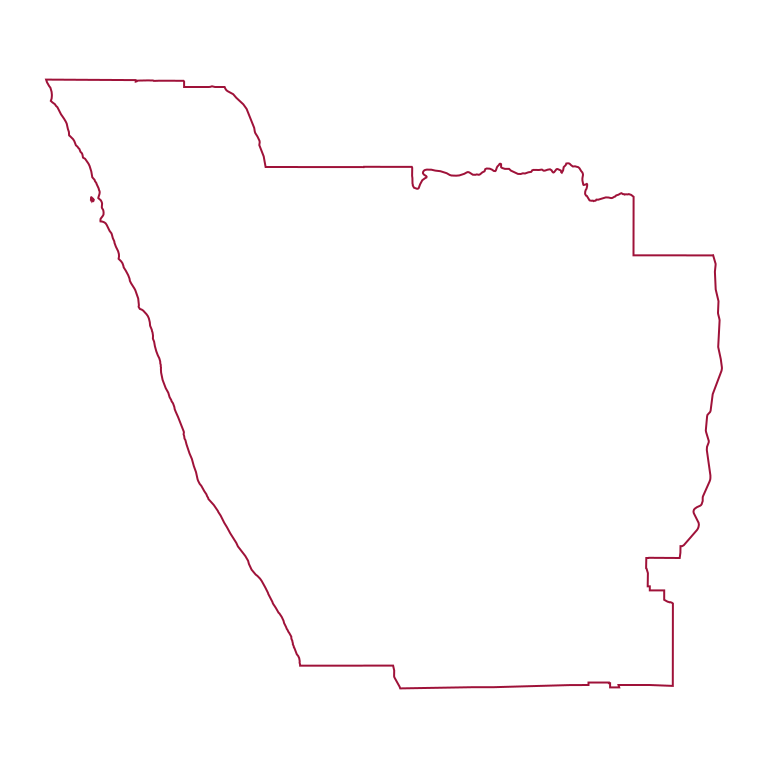 Gingin, Western Australia, Australia (Natural Earth projection)
{"feature_id": "25037944B53188273537939", "entity_name": "Gingin", "entity_type": "district", "adm_level": 2, "iso_a3": "AUS", "parent_name": "Australia", "parent_adm1": "Western Australia", "projection": "natural_earth1", "projection_center": [115.595, -31.184], "detail": "fine", "context": "isolated", "style": "outline", "palette": "rose", "viewbox_px": 768, "rotation_deg": 0, "n_neighbors": 0, "source": "geoboundaries", "source_scale": "gbopen_adm2", "svg_char_len": 6030}
<svg xmlns="http://www.w3.org/2000/svg" viewBox="0 0 768 768"><path d="M715.7,289.4L714.9,271.7L715.6,264.9L715.6,263.8L713.1,255.2L712.1,255.4L633.5,255.3L633.6,196.8L631.2,194.9L630.0,194.5L628.8,194.1L627.9,194.4L625.7,194.3L624.5,194.6L624.0,194.1L622.9,194.1L621.5,193.2L620.5,193.5L618.5,194.7L616.2,195.4L615.2,196.5L614.6,196.6L612.4,197.9L611.1,198.1L608.4,197.5L605.8,197.4L598.2,199.7L596.4,199.6L595.8,200.5L595.0,200.8L594.1,200.8L593.6,201.1L592.8,200.6L592.0,200.8L589.9,200.5L589.5,200.3L586.9,196.0L586.0,195.6L585.1,193.9L585.2,191.8L585.7,190.0L586.5,188.8L587.1,186.3L587.2,184.8L587.1,184.2L586.8,183.9L585.6,184.5L583.7,185.0L583.3,184.7L582.4,180.4L582.4,178.3L583.0,174.9L582.9,174.0L582.4,172.5L581.2,171.1L579.5,168.3L578.3,167.2L575.0,166.3L572.9,166.5L571.1,165.2L569.7,163.8L568.9,163.4L568.0,163.3L566.3,163.5L565.7,165.1L563.7,167.1L563.1,170.4L561.8,172.7L561.2,172.2L561.1,171.2L560.8,170.5L558.0,169.2L557.1,169.0L556.4,169.3L554.1,172.2L553.4,172.5L552.9,172.3L552.1,171.3L551.6,170.3L550.0,169.3L547.6,169.7L545.0,170.6L544.0,170.7L543.4,170.6L542.2,169.7L541.5,169.6L539.0,170.0L533.5,169.9L532.2,170.3L531.5,171.5L531.1,171.9L528.4,172.3L525.0,173.5L522.9,173.3L520.7,174.0L517.9,173.9L510.9,170.6L509.1,168.9L505.0,168.9L502.2,168.0L501.4,167.5L501.1,167.1L501.1,164.2L500.8,163.9L500.1,163.7L499.6,163.9L498.9,165.0L497.5,166.4L496.9,167.4L496.1,169.8L495.6,170.8L495.2,171.1L493.7,170.9L492.1,169.7L489.8,168.7L486.7,168.5L485.3,169.1L484.5,171.3L482.3,172.4L480.1,174.3L478.9,174.8L476.8,174.4L475.4,174.8L472.8,174.7L469.6,172.6L468.7,172.2L467.7,172.1L466.6,172.5L464.3,173.8L459.4,175.4L456.2,175.7L451.5,175.5L449.8,175.0L446.7,173.2L440.4,171.2L435.3,170.6L431.4,169.7L426.8,169.6L425.0,170.0L424.0,170.6L423.2,171.7L422.9,173.0L423.1,173.5L423.9,174.6L426.2,176.1L426.6,176.7L426.4,177.5L425.2,178.1L422.3,180.2L420.1,184.3L418.7,188.1L418.1,188.6L417.1,188.8L414.0,187.7L412.8,185.5L412.8,184.5L412.5,183.6L412.4,178.0L412.1,175.9L412.2,168.8L412.2,167.8L411.8,166.9L364.3,166.8L363.9,166.8L363.8,167.1L265.6,167.0L263.7,156.4L259.3,145.1L259.7,142.3L259.5,140.8L257.5,136.6L255.3,133.1L254.8,131.6L254.2,127.9L246.6,108.9L243.3,104.3L236.3,97.8L233.2,94.2L227.5,91.1L226.3,90.1L225.3,88.6L224.6,87.0L215.0,87.0L212.0,86.3L210.1,86.9L208.5,87.0L184.1,87.0L184.1,81.6L183.5,80.8L159.6,80.7L154.5,80.9L153.7,80.9L153.1,80.5L147.9,80.4L137.7,80.6L136.8,81.3L135.7,81.6L135.7,80.1L46.1,79.6L47.0,82.3L49.1,86.0L50.4,87.7L51.6,91.9L51.9,95.0L51.8,96.8L51.6,98.6L50.8,100.9L52.3,102.3L54.9,104.2L56.0,105.9L57.4,107.2L61.0,114.3L64.1,118.8L65.8,121.7L66.7,123.6L67.9,129.0L68.9,131.9L69.1,135.3L69.4,135.7L70.0,136.1L73.1,139.2L74.3,141.1L75.9,145.3L77.5,146.7L78.3,147.9L79.4,149.0L80.4,151.7L82.0,153.4L82.5,154.9L83.0,157.6L85.1,158.8L88.5,163.7L89.6,166.0L91.3,171.5L92.3,177.3L94.6,179.9L94.9,181.0L96.4,183.2L96.6,184.0L98.6,188.3L99.1,190.3L99.5,191.0L99.7,192.2L99.5,193.9L98.4,197.4L98.3,198.1L100.9,200.4L101.8,202.3L102.1,203.6L101.8,207.3L102.2,208.5L102.9,209.4L103.3,210.4L103.6,212.4L103.5,214.5L103.0,215.6L100.6,218.8L100.4,220.5L100.5,221.4L102.4,221.6L104.4,222.4L105.7,223.4L106.8,225.1L109.6,230.9L111.5,233.4L112.0,235.0L112.8,238.1L114.3,241.4L114.5,242.9L115.9,246.7L118.1,251.2L118.9,254.1L119.0,256.5L118.6,258.8L121.2,261.4L122.5,263.3L123.4,265.9L123.7,267.4L125.8,270.7L128.2,275.2L129.5,278.6L129.9,280.9L131.1,283.3L134.4,288.5L135.3,290.2L138.2,298.5L138.9,305.2L138.6,306.8L139.8,308.9L141.7,309.6L143.2,310.6L146.5,314.2L147.9,316.2L148.9,318.5L149.8,322.3L150.1,325.7L151.8,329.8L152.0,331.1L152.5,332.3L153.0,335.7L152.9,338.7L154.1,341.6L154.9,346.2L156.3,351.3L157.8,355.3L159.3,358.3L160.2,361.5L160.3,363.5L160.8,365.0L160.7,366.2L161.0,367.5L160.9,369.1L161.1,372.6L162.6,379.9L165.7,388.1L168.3,392.8L169.6,397.2L171.2,400.0L171.6,401.3L173.0,403.3L174.3,406.9L174.7,409.2L175.7,411.7L178.1,417.1L183.7,431.4L183.9,432.3L183.6,434.3L184.2,436.2L184.5,438.6L185.4,440.1L186.5,444.4L189.5,453.4L191.9,459.0L193.8,466.0L196.0,472.1L197.6,479.4L198.3,481.2L199.7,483.9L201.3,485.8L204.3,491.2L206.4,494.3L207.1,496.2L208.1,497.8L208.4,499.0L213.8,505.0L217.9,511.0L218.3,512.0L220.7,515.7L224.2,522.7L227.0,527.3L230.3,533.4L236.3,542.9L237.9,546.4L245.3,556.0L248.1,560.8L248.9,563.9L251.6,569.7L255.7,574.6L257.4,575.9L260.1,578.7L261.7,581.0L265.3,587.5L268.0,592.9L268.3,594.0L272.4,601.9L272.8,603.2L273.6,604.6L274.2,605.4L276.0,608.2L278.6,612.8L279.3,613.3L281.7,616.9L283.5,620.7L284.1,623.1L286.1,627.1L286.8,629.0L287.3,629.5L288.5,632.0L289.2,632.9L291.3,636.7L291.3,638.0L291.6,639.3L292.3,640.7L292.4,641.6L292.9,643.4L292.8,644.2L293.8,646.4L293.9,647.5L294.4,648.0L296.8,654.3L298.2,656.0L299.2,658.2L299.7,661.1L299.6,662.7L300.1,664.7L300.1,665.7L393.1,665.6L394.2,670.5L394.1,676.2L394.4,677.4L399.6,686.7L400.2,688.4L472.9,687.2L493.4,687.2L568.7,685.1L588.5,685.0L588.5,682.5L608.9,682.5L608.9,683.2L610.1,683.2L610.1,687.4L619.2,687.4L618.5,685.0L649.7,685.0L672.8,685.9L672.9,603.5L672.0,602.8L670.5,602.2L669.4,602.3L668.9,602.0L667.6,601.7L664.2,599.8L664.2,590.4L649.8,590.4L649.8,586.3L647.7,586.3L647.9,573.1L646.5,568.5L646.1,568.2L646.3,558.0L648.6,558.0L648.8,557.8L679.7,558.0L680.4,552.7L680.5,546.1L682.2,546.1L683.8,545.2L697.0,530.0L697.9,528.6L698.5,527.0L698.9,524.8L698.6,522.8L693.8,513.2L693.5,511.8L693.6,510.9L694.0,509.6L694.9,508.6L696.9,507.2L700.2,505.7L701.0,505.1L701.6,504.3L702.7,501.0L702.7,497.7L702.9,496.5L709.6,481.4L710.2,479.6L710.4,478.0L710.4,475.4L706.8,449.9L707.0,446.9L708.7,442.4L708.8,441.0L706.1,432.1L705.8,430.5L707.1,416.3L707.5,414.8L710.1,412.0L710.6,410.7L712.7,394.2L721.5,370.8L721.9,368.7L721.9,367.4L720.8,359.2L718.2,347.0L719.6,320.2L719.3,318.6L718.1,313.8L718.0,312.7L718.5,301.2L715.7,289.4ZM91.3,200.3L91.3,200.6L92.0,200.7L92.1,201.1L92.4,200.7L93.2,201.1L93.4,200.9L93.2,200.4L93.4,200.3L93.3,200.0L93.7,199.7L93.0,198.7L91.7,197.7L91.6,197.3L91.8,196.7L91.1,197.4L91.0,198.4L91.1,198.9L90.9,199.9L91.3,200.3Z" fill="none" stroke="#9f1239" stroke-width="2"/></svg>